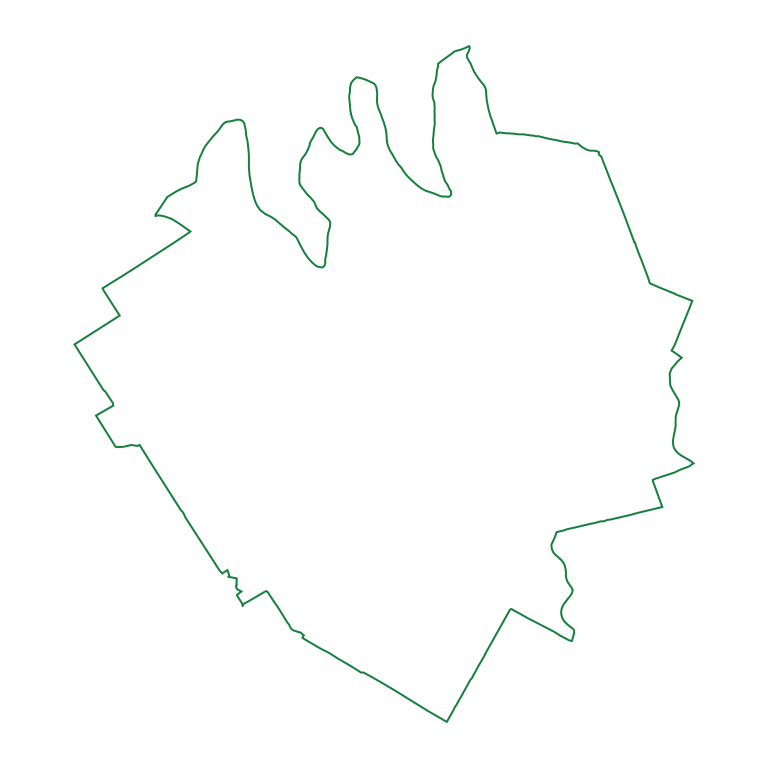 the district of Rasuceni, Giurgiu, Romania
{"feature_id": "2599482B42533582324930", "entity_name": "Rasuceni", "entity_type": "district", "adm_level": 2, "iso_a3": "ROU", "parent_name": "Romania", "parent_adm1": "Giurgiu", "projection": "albers", "projection_center": [25.697, 44.069], "detail": "fine", "context": "isolated", "style": "outline", "palette": "green", "viewbox_px": 768, "rotation_deg": 0, "n_neighbors": 0, "source": "geoboundaries", "source_scale": "gbopen_adm2", "svg_char_len": 6070}
<svg xmlns="http://www.w3.org/2000/svg" viewBox="0 0 768 768"><path d="M681.7,357.7L673.8,352.0L671.6,350.6L675.0,344.3L679.7,332.3L689.8,307.3L692.3,300.9L676.3,294.6L673.7,293.3L659.4,287.5L650.2,283.5L649.8,283.1L649.3,281.9L649.0,280.3L642.2,262.0L638.5,252.8L634.8,242.3L634.4,242.4L623.1,212.0L612.4,184.9L610.7,180.9L601.8,157.9L601.0,156.2L600.2,155.8L599.2,154.7L598.8,153.5L598.8,152.7L599.0,152.2L596.8,151.1L593.6,150.7L590.1,150.7L587.2,149.9L585.0,148.8L582.1,147.1L577.6,143.4L574.7,143.6L571.4,142.8L561.6,141.4L556.2,140.1L549.3,138.9L538.5,136.2L536.1,136.3L533.4,135.6L532.0,135.6L523.0,134.3L518.3,134.3L513.2,133.6L506.5,133.3L499.5,132.5L497.1,133.6L496.4,133.2L490.0,114.9L488.4,108.8L486.8,100.7L486.2,94.3L486.0,90.1L485.2,87.5L483.9,85.2L479.0,79.2L474.3,72.2L472.0,67.0L470.6,63.5L468.7,60.7L467.0,57.2L466.8,55.9L467.1,54.5L469.1,50.5L469.5,48.8L469.7,47.4L469.0,46.1L465.2,48.0L460.3,49.8L456.8,50.7L454.6,51.5L453.5,52.1L452.4,53.2L443.7,59.4L438.5,63.4L438.0,64.2L438.1,65.8L437.9,67.4L437.2,69.2L436.8,71.8L436.6,75.3L436.3,76.5L435.7,80.3L434.5,83.8L433.7,85.4L433.0,89.0L432.7,92.6L432.6,95.3L432.8,97.9L434.4,103.0L434.5,106.2L434.7,107.6L434.5,111.3L434.7,116.4L434.5,118.4L434.8,123.9L433.8,130.1L433.9,131.1L433.4,135.7L433.2,138.3L432.9,139.7L432.9,141.4L433.3,145.0L433.1,147.5L433.4,149.3L434.5,152.2L434.9,154.0L436.6,157.7L438.1,160.0L439.3,163.0L440.4,165.4L440.9,167.1L441.9,171.8L443.2,175.2L443.6,177.3L443.9,178.3L445.3,181.6L447.9,185.4L449.1,188.3L450.2,189.9L451.1,191.7L451.2,192.4L451.1,194.2L450.6,195.4L450.1,196.1L448.8,196.8L448.2,196.9L446.1,196.5L443.2,196.6L440.7,196.2L432.7,193.0L425.6,190.7L421.6,188.6L417.2,185.3L410.8,179.5L406.5,175.2L403.2,170.7L401.7,168.2L398.4,164.4L396.9,162.3L393.8,157.0L392.5,154.5L390.8,152.0L389.0,148.5L387.8,145.4L387.1,142.3L386.6,137.6L386.5,134.0L385.4,127.9L383.7,122.1L382.1,118.0L381.3,115.3L378.7,109.1L377.8,106.5L377.2,103.1L377.0,101.3L377.2,92.8L377.1,91.9L376.4,87.5L375.2,84.9L374.2,83.7L373.1,83.1L366.3,79.9L360.2,77.9L356.6,77.3L353.8,79.7L351.8,82.1L351.0,83.4L350.1,87.3L349.8,92.6L349.2,95.7L349.2,97.1L349.3,99.4L349.9,104.0L350.4,110.9L351.3,115.2L352.0,117.5L353.8,122.2L355.7,125.9L356.8,127.1L358.2,133.3L358.5,134.1L359.2,136.8L359.5,142.8L359.4,143.6L359.0,144.9L357.6,146.9L356.6,149.1L355.9,149.7L354.9,151.4L353.8,152.4L353.1,153.7L352.6,154.1L351.6,154.4L348.8,154.4L345.3,152.7L342.8,151.1L339.6,149.8L334.8,146.0L330.9,141.8L326.8,135.4L323.2,129.1L322.0,128.2L320.2,127.8L318.8,128.5L317.4,129.6L315.9,131.7L312.8,138.0L311.4,140.2L309.8,143.3L309.6,145.4L307.2,151.1L305.6,153.9L302.3,158.3L301.2,160.3L300.7,161.5L300.2,163.9L300.0,168.9L299.4,173.6L299.4,177.9L299.3,181.0L299.6,183.5L299.9,184.6L302.7,188.6L308.0,195.3L309.9,196.9L313.7,201.3L315.0,203.7L316.1,206.7L317.0,208.4L320.4,211.9L323.3,214.3L328.6,219.5L329.4,220.6L330.2,222.7L330.2,224.0L329.9,226.7L328.1,233.5L327.6,236.3L327.4,245.1L326.2,254.9L325.1,260.0L325.1,260.8L325.4,262.0L325.1,263.7L324.5,265.5L324.0,266.3L323.1,267.0L322.4,267.3L321.2,267.4L318.3,266.8L316.3,266.0L313.9,264.1L311.3,261.7L307.6,257.4L303.9,251.9L300.9,246.3L296.9,238.3L295.5,236.4L292.6,234.3L288.7,230.8L284.1,227.3L275.3,219.7L271.3,217.0L265.3,214.0L260.6,210.4L259.3,208.9L257.1,205.5L256.0,203.3L255.1,201.1L253.4,195.6L252.0,189.9L249.6,175.9L248.9,167.6L248.9,154.9L248.4,149.0L247.5,141.2L246.3,136.0L246.0,133.9L245.9,131.6L245.2,127.2L244.3,123.8L243.3,121.9L242.0,120.6L240.1,119.9L237.8,119.6L236.8,119.7L235.0,120.3L230.5,121.3L226.3,121.8L224.6,122.8L222.5,124.7L218.4,130.6L212.6,136.9L205.9,145.3L203.2,149.8L201.6,153.8L200.0,156.9L198.3,162.2L197.6,165.1L196.9,174.4L196.4,178.2L196.3,180.8L195.9,181.6L194.6,182.7L189.3,185.7L182.3,188.4L176.9,191.1L167.4,196.9L155.5,214.7L155.6,216.0L157.1,215.6L159.2,215.4L162.3,215.9L165.0,216.5L172.1,219.1L180.5,224.5L190.4,231.5L188.6,232.9L176.0,241.4L130.9,270.6L102.6,288.3L103.5,290.3L119.7,315.6L74.5,344.4L103.4,390.0L104.9,391.3L105.3,391.5L112.9,403.1L113.3,405.6L96.0,415.6L115.6,446.8L118.4,447.1L123.5,446.8L131.1,445.0L137.6,445.9L139.6,445.0L154.1,468.1L181.0,510.4L182.4,511.7L183.7,513.6L185.2,517.1L219.7,570.7L222.3,573.4L227.4,570.1L229.3,575.5L228.5,576.8L236.7,578.4L236.5,584.3L236.8,584.8L236.1,585.7L236.1,587.3L237.4,589.4L241.4,591.5L236.9,595.0L237.3,596.0L241.5,602.5L242.1,603.8L242.6,605.8L242.9,605.6L243.2,604.6L243.6,603.9L244.2,603.5L246.9,602.2L265.6,591.3L266.4,591.2L267.2,591.6L267.7,592.1L272.4,599.3L277.8,607.1L287.5,622.7L289.0,624.5L290.5,627.8L291.2,628.7L293.1,630.3L299.6,632.4L300.8,632.5L302.3,634.2L303.8,635.3L302.4,637.8L305.2,639.6L318.6,647.5L323.0,649.9L328.4,652.5L338.3,658.8L350.2,665.7L361.2,672.6L363.6,672.5L378.3,680.7L394.0,690.0L427.5,710.7L446.8,721.9L453.5,710.0L454.6,707.5L456.4,704.9L469.7,681.2L470.2,680.0L471.6,678.6L479.0,665.0L483.8,656.9L486.1,652.3L510.0,609.7L510.5,609.2L511.5,609.1L528.8,618.7L554.6,632.0L560.0,635.5L569.2,640.4L572.0,640.9L574.1,632.9L574.2,631.3L574.1,630.2L573.5,629.3L567.7,624.7L564.7,621.9L563.5,620.2L562.1,617.4L561.2,613.7L561.2,612.0L561.7,608.4L563.4,604.7L567.9,598.7L570.2,596.0L571.8,593.3L572.3,591.9L572.7,590.0L571.7,587.9L567.6,582.0L566.6,579.4L566.0,576.9L565.9,574.5L565.9,571.9L565.6,569.1L564.7,565.5L563.9,563.8L562.8,561.8L561.3,560.0L554.4,553.8L553.1,552.0L552.0,549.3L551.5,546.2L551.4,544.8L551.6,544.2L554.8,537.3L555.4,535.7L556.3,532.7L556.5,532.4L557.0,532.0L563.6,530.5L567.2,529.2L576.3,527.2L589.9,523.9L593.8,523.2L601.0,521.3L603.3,521.4L607.2,520.0L611.1,519.4L630.0,515.0L637.7,512.9L662.3,507.0L652.8,480.8L652.7,480.1L653.7,479.5L656.4,478.4L674.8,472.4L680.7,469.5L688.6,466.6L690.3,465.7L691.8,464.3L693.5,463.4L690.7,461.0L682.3,456.2L678.9,453.9L676.1,451.2L675.3,450.0L673.9,447.8L673.2,444.9L672.9,441.1L673.8,435.7L675.2,428.8L675.7,425.4L675.6,422.7L675.7,416.9L676.4,413.8L678.0,409.0L679.1,404.8L679.2,403.7L679.1,402.4L678.6,400.4L677.6,398.5L672.3,389.6L670.4,385.7L670.0,381.8L669.7,373.4L671.7,368.5L677.7,361.4L681.7,357.7Z" fill="none" stroke="#15803d" stroke-width="2"/></svg>